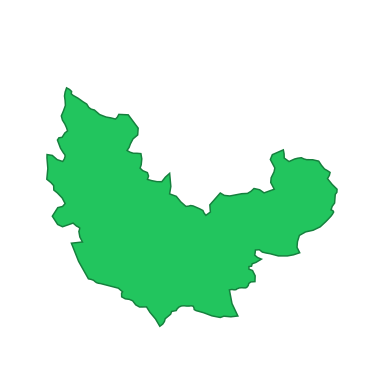 North Chungcheong, Mercator projection, rotated 256°
{"feature_id": "KOR-2494", "entity_name": "North Chungcheong", "entity_type": "Province", "adm_level": 1, "iso_a3": "KOR", "parent_name": "South Korea", "parent_adm1": "", "projection": "mercator", "projection_center": [127.84, 36.597], "detail": "fine", "context": "isolated", "style": "filled", "palette": "green", "viewbox_px": 384, "rotation_deg": 256, "n_neighbors": 0, "source": "natural_earth", "source_scale": "10m", "svg_char_len": 2847}
<svg xmlns="http://www.w3.org/2000/svg" viewBox="0 0 384 384"><g transform="rotate(256 192 192)"><path d="M111.9,100.5L116.5,97.3L125.3,81.1L126.1,79.1L127.2,77.4L128.6,76.2L130.1,75.2L131.6,73.0L132.8,70.5L152.1,65.2L171.5,62.6L170.0,73.6L175.5,72.3L181.1,72.7L182.7,73.7L184.2,74.4L185.6,73.2L186.9,71.7L190.6,69.1L189.6,58.0L193.0,53.8L202.3,50.6L209.3,58.0L209.3,62.9L211.5,66.1L217.6,64.6L223.6,61.2L227.3,58.4L231.7,59.3L235.3,57.4L239.5,54.2L249.7,57.8L260.1,59.5L263.4,60.4L261.3,65.3L256.0,69.0L252.9,73.9L254.9,76.1L257.5,77.6L259.1,77.6L260.8,76.8L266.3,75.0L275.0,74.0L276.8,76.0L276.5,79.2L280.1,83.0L281.4,86.0L284.8,85.8L288.7,85.1L293.1,83.7L297.4,83.6L301.8,86.9L306.6,90.1L311.4,91.0L316.0,91.5L319.7,93.1L323.4,95.5L321.1,98.0L318.7,99.5L316.5,98.6L314.7,99.8L310.5,104.2L305.9,108.1L302.8,111.1L299.0,112.3L296.8,114.2L295.2,117.1L289.5,121.1L285.5,126.8L283.6,131.1L281.3,135.4L282.6,137.6L285.0,139.8L282.3,148.8L267.0,155.2L260.5,153.1L257.8,147.6L253.5,143.8L250.4,141.7L248.0,139.0L245.7,141.4L243.8,144.4L242.9,147.9L241.6,151.7L236.3,151.3L230.7,149.3L227.7,147.4L224.6,149.4L221.6,153.4L218.0,153.7L215.0,151.8L212.8,155.6L210.5,160.5L209.3,165.2L212.8,169.7L215.5,174.8L202.5,172.8L195.6,169.8L191.6,175.7L185.2,178.7L179.5,182.6L179.1,185.3L179.2,187.4L178.2,189.7L174.0,195.2L171.4,198.1L168.7,198.6L166.0,199.8L168.1,205.0L175.2,206.2L184.2,219.2L180.9,222.5L179.0,227.7L178.3,240.0L177.2,245.5L178.4,249.4L180.4,253.0L177.8,258.2L173.7,261.7L174.8,272.5L182.2,270.7L186.6,272.2L191.7,276.5L195.3,278.2L204.6,275.9L208.8,279.0L210.8,290.8L206.9,290.6L202.6,289.7L198.1,293.5L199.2,299.6L199.2,302.7L198.8,306.4L197.0,308.6L195.6,311.1L194.1,316.9L191.3,322.4L186.7,324.0L182.3,326.1L179.9,328.6L177.6,330.7L174.9,329.3L172.2,326.7L165.5,329.8L159.6,333.4L156.7,332.5L155.0,330.4L146.8,327.7L144.1,324.5L141.0,322.6L139.8,324.2L138.3,324.6L136.6,323.0L135.0,321.1L130.9,314.7L127.2,308.0L125.6,300.3L125.8,292.5L123.9,285.7L118.3,282.3L112.9,280.5L107.0,281.8L106.5,275.3L106.9,269.1L109.1,260.3L113.2,252.9L114.9,249.1L116.7,245.7L119.7,243.4L120.4,239.5L118.1,238.7L115.5,237.6L112.5,239.8L110.1,243.1L108.2,237.0L107.8,233.0L105.6,231.8L105.9,229.2L103.4,228.6L101.2,231.7L95.4,233.0L89.8,231.4L90.5,227.4L89.5,224.9L87.9,224.1L86.6,222.7L86.0,221.1L86.4,219.3L87.1,217.1L87.5,214.7L87.3,213.6L87.2,212.4L86.6,211.0L86.9,209.2L87.8,207.1L88.0,204.6L74.1,203.8L60.6,206.5L61.5,199.5L63.8,192.9L63.4,189.1L67.0,181.4L72.1,174.0L75.9,167.3L77.4,165.7L79.2,165.9L80.9,165.5L81.8,163.7L82.0,161.8L82.6,159.3L83.5,156.9L84.0,154.3L83.6,151.7L82.3,149.4L80.8,148.0L81.0,143.3L78.6,141.7L75.5,135.3L73.0,133.9L70.9,131.6L69.5,128.3L77.6,125.9L85.4,122.1L91.5,120.1L93.1,113.3L96.1,110.1L100.8,108.1L103.0,105.2L104.5,101.4L107.3,98.4L110.9,99.2L111.9,100.5Z" fill="#22c55e" stroke="#15803d" stroke-width="1.5"/></g></svg>